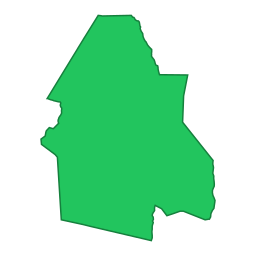 outline of Nsoc Nsomo, Kié-Ntem, Equatorial Guinea
{"feature_id": "11065452B43435483695389", "entity_name": "Nsoc Nsomo", "entity_type": "district", "adm_level": 2, "iso_a3": "GNQ", "parent_name": "Equatorial Guinea", "parent_adm1": "Kié-Ntem", "projection": "natural_earth1", "projection_center": [11.077, 1.936], "detail": "fine", "context": "isolated", "style": "filled", "palette": "green", "viewbox_px": 256, "rotation_deg": 0, "n_neighbors": 0, "source": "geoboundaries", "source_scale": "gbopen_adm2", "svg_char_len": 2567}
<svg xmlns="http://www.w3.org/2000/svg" viewBox="0 0 256 256"><path d="M151.5,52.9L151.7,52.1L151.7,50.7L151.7,49.7L151.6,49.3L150.9,48.8L150.9,48.7L149.5,47.3L149.4,47.2L147.7,45.2L145.9,41.7L145.4,41.4L144.7,40.2L144.0,39.0L144.0,38.9L143.9,38.8L143.0,36.4L143.0,36.1L142.7,33.6L141.9,32.3L141.3,31.5L141.3,31.4L141.2,31.3L140.3,29.0L140.2,28.8L140.2,28.6L140.2,28.4L140.2,28.2L140.6,27.0L140.0,26.0L139.9,25.8L139.9,25.6L139.7,24.3L139.3,22.1L138.5,21.0L137.0,20.8L136.8,20.7L136.6,20.6L135.3,19.8L135.2,19.6L135.0,19.4L134.5,18.2L133.8,17.4L132.8,17.2L132.7,17.2L132.4,17.0L132.4,16.9L131.3,15.4L102.4,16.0L100.8,15.7L98.2,15.4L94.5,21.4L84.8,37.0L84.3,37.7L83.9,38.5L83.4,39.2L83.0,40.0L82.9,40.1L77.6,48.7L77.6,48.8L70.3,60.7L69.7,61.7L47.2,98.5L47.3,98.5L48.2,98.8L50.5,99.7L51.8,100.0L52.9,100.3L54.0,100.8L55.3,101.0L56.2,101.3L56.3,101.3L58.3,101.8L59.4,101.9L60.2,102.0L60.3,102.1L60.7,102.8L60.7,103.0L60.7,103.5L60.5,103.9L60.5,104.1L60.4,104.3L60.3,105.3L60.4,105.6L60.4,105.9L61.0,107.2L61.1,107.4L61.2,107.5L61.7,108.0L61.7,108.3L61.7,109.1L61.6,109.9L61.5,110.4L61.5,110.6L61.5,110.9L61.6,112.4L61.6,113.1L61.4,113.6L60.9,114.7L60.5,115.4L60.1,115.9L59.8,116.2L59.8,116.3L59.7,116.4L59.1,117.4L59.0,117.5L58.6,118.8L58.2,119.8L58.2,120.1L58.1,120.3L58.1,121.4L58.2,121.6L58.5,123.2L58.6,123.3L53.3,128.7L49.3,127.6L46.4,130.7L45.9,132.1L45.2,136.0L41.0,139.1L41.5,144.4L55.2,154.6L57.4,157.2L61.3,219.8L83.0,224.5L91.0,226.5L151.3,240.6L152.2,237.9L152.2,237.7L152.2,235.5L152.2,235.4L152.0,233.3L151.9,231.4L152.2,229.2L152.2,226.7L152.4,225.2L153.2,222.8L153.2,222.6L153.2,222.4L153.1,222.2L152.5,221.0L153.3,219.7L153.4,219.4L153.4,219.2L153.2,217.2L153.0,216.8L152.2,215.6L152.5,214.0L153.2,212.7L154.5,210.7L154.6,210.4L154.6,210.2L154.5,208.4L154.7,206.8L155.2,205.4L161.6,208.7L166.9,215.7L172.7,213.8L180.1,211.2L183.4,211.2L205.1,219.8L209.1,219.1L209.4,219.2L210.6,217.0L210.9,213.7L212.4,210.4L213.9,208.4L214.4,204.8L214.8,202.2L215.0,200.4L213.9,197.5L213.6,196.9L212.9,195.3L212.4,192.6L212.5,190.2L213.3,188.2L214.2,186.2L214.3,184.1L214.1,181.4L213.7,178.3L213.8,176.1L212.8,173.3L213.1,170.8L213.3,169.2L213.5,167.7L213.3,166.3L212.8,164.2L212.9,162.1L213.1,160.5L182.6,122.2L183.6,95.9L187.7,75.0L159.5,74.7L159.2,73.9L158.8,72.2L158.7,72.1L158.1,69.2L158.0,67.1L157.6,65.7L156.4,65.4L156.1,65.2L155.9,65.0L155.8,64.8L155.2,63.5L155.2,63.4L154.6,61.1L154.0,59.6L152.9,58.3L152.9,58.2L151.7,56.6L151.5,56.3L151.5,56.2L151.5,55.9L151.5,55.7L151.6,54.8L151.5,53.2L151.5,52.9Z" fill="#22c55e" stroke="#15803d" stroke-width="1.5"/></svg>